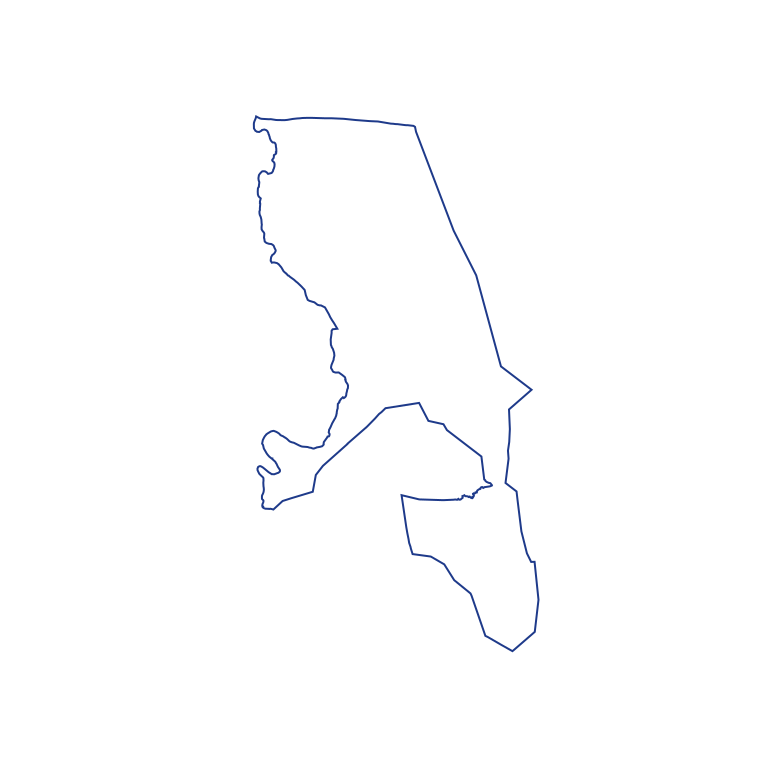 the district of Santiago Jamiltepec, Oaxaca, Mexico, rotated 146°
{"feature_id": "50627088B72731607601772", "entity_name": "Santiago Jamiltepec", "entity_type": "district", "adm_level": 2, "iso_a3": "MEX", "parent_name": "Mexico", "parent_adm1": "Oaxaca", "projection": "robinson", "projection_center": [-97.731, 16.225], "detail": "fine", "context": "isolated", "style": "outline", "palette": "blue", "viewbox_px": 768, "rotation_deg": 146, "n_neighbors": 0, "source": "geoboundaries", "source_scale": "gbopen_adm2", "svg_char_len": 6103}
<svg xmlns="http://www.w3.org/2000/svg" viewBox="0 0 768 768"><g transform="rotate(146 384 384)"><path d="M264.9,296.7L277.2,333.2L246.8,422.5L240.5,472.2L216.4,575.2L214.5,579.8L215.2,581.5L219.5,585.2L220.4,585.8L221.7,586.8L227.4,591.8L229.3,593.2L231.2,594.9L232.5,595.8L242.2,605.0L248.8,609.9L259.9,618.7L269.0,626.3L278.7,633.5L284.6,637.5L296.0,645.7L300.9,648.9L303.0,650.2L305.3,651.4L307.5,652.7L311.5,654.8L316.4,657.0L319.0,658.4L323.7,661.7L325.7,663.1L329.8,666.9L331.3,667.8L337.2,672.3L338.3,673.5L340.4,677.3L341.8,676.0L344.6,674.2L345.9,673.1L346.8,671.9L348.9,668.6L349.0,665.7L348.4,664.7L348.3,664.2L346.5,662.7L344.8,662.6L343.9,662.5L343.3,662.8L342.9,662.7L340.9,661.9L339.8,660.5L339.4,659.5L339.3,658.6L339.5,656.9L340.0,655.6L340.0,654.8L340.3,654.2L340.6,652.9L341.2,651.5L341.6,649.5L341.6,648.5L341.4,647.0L341.2,646.5L340.0,645.6L339.6,644.4L339.9,642.9L341.0,641.0L341.6,639.5L343.2,637.0L343.3,637.0L343.5,636.8L343.8,636.9L344.0,636.8L344.1,635.8L345.0,635.3L345.5,635.2L347.0,635.4L347.5,635.1L347.6,634.8L348.3,633.9L349.2,633.1L349.5,632.9L350.6,632.6L351.5,632.2L351.7,630.9L351.4,630.4L351.2,628.9L351.7,627.8L351.7,627.5L353.2,625.6L355.0,624.1L356.1,623.5L356.7,622.8L357.6,622.3L359.2,621.8L362.6,623.0L362.9,625.1L363.7,626.8L364.7,627.6L365.6,628.2L366.4,628.4L369.1,627.8L370.9,627.1L372.4,625.5L373.0,624.9L374.0,623.0L374.5,621.1L375.7,619.6L376.6,618.7L376.9,618.1L377.7,617.3L378.2,617.3L379.2,616.6L381.1,614.1L382.6,611.6L383.0,610.0L382.9,608.6L382.4,606.8L384.8,604.7L385.1,604.3L385.6,603.1L385.8,603.1L385.9,602.5L388.8,598.9L389.6,597.6L390.8,596.7L391.8,595.1L392.4,593.7L392.8,591.4L393.7,588.9L395.8,585.3L396.0,584.7L397.9,582.4L399.0,580.6L399.0,580.2L399.1,579.2L399.0,577.9L398.9,577.2L398.9,576.5L399.2,575.5L401.8,572.2L401.9,571.6L403.2,568.8L402.6,566.7L401.0,564.6L399.1,563.0L398.5,561.7L398.2,560.7L398.2,560.0L398.5,558.7L398.6,558.4L399.0,555.5L399.4,554.9L401.1,553.9L402.9,553.4L404.5,553.4L406.6,552.3L408.8,549.9L408.9,549.2L409.1,549.1L409.1,548.7L409.2,547.3L408.2,546.9L407.0,546.1L405.3,544.3L404.9,543.7L404.7,542.9L404.4,542.5L403.9,538.1L404.2,533.6L403.4,530.3L403.2,530.2L403.0,527.8L402.4,527.1L402.4,526.9L402.0,525.4L400.3,520.8L399.6,517.9L399.1,516.5L397.9,511.0L397.2,506.3L399.1,501.4L400.2,496.4L399.3,494.6L396.0,490.6L394.8,486.8L393.4,485.2L392.3,484.4L390.1,480.5L390.7,472.6L391.2,469.5L391.4,465.7L391.4,462.5L391.8,455.9L396.0,458.1L397.7,457.4L398.9,455.6L403.3,450.7L406.2,446.0L406.3,445.0L406.7,443.8L406.8,441.6L407.9,437.8L409.3,435.2L411.2,433.5L412.3,432.2L416.8,429.2L417.8,428.3L418.7,427.3L419.0,426.8L419.1,426.0L419.0,425.3L419.3,423.3L419.2,422.4L417.9,420.7L416.3,419.6L415.8,419.4L415.1,418.9L413.6,414.9L412.9,412.6L412.6,411.3L413.4,409.1L413.7,409.2L414.3,407.3L414.3,404.3L414.7,402.8L416.3,400.7L417.4,400.1L418.9,398.6L420.6,397.1L421.1,396.4L422.0,395.5L423.0,395.0L423.9,394.8L425.2,394.8L425.5,396.0L428.0,395.6L430.6,394.6L431.3,394.1L431.2,393.9L431.8,393.6L432.7,393.5L433.4,393.3L436.2,389.5L437.0,389.0L438.9,387.1L439.6,386.1L440.2,385.6L440.3,385.6L441.2,384.6L443.9,382.8L444.8,382.5L445.5,382.1L448.9,380.4L452.5,378.1L455.3,376.6L455.6,376.1L456.9,374.8L457.0,373.8L457.1,372.9L458.0,371.9L458.6,371.5L458.9,371.4L460.2,372.0L460.9,371.5L465.0,370.0L466.1,369.6L466.5,369.4L466.8,369.0L467.6,368.1L467.8,367.6L468.1,367.4L470.1,367.0L472.2,367.7L475.4,369.1L475.9,369.1L476.6,369.3L478.3,369.7L479.4,370.7L480.0,371.7L481.5,373.1L482.5,374.4L483.7,375.4L486.5,377.6L487.4,378.5L488.8,380.7L491.6,385.7L492.9,387.1L494.0,388.6L494.5,389.8L495.1,392.6L495.9,394.9L496.2,395.2L496.8,396.9L498.2,399.1L498.5,400.1L498.6,401.3L499.4,403.3L500.2,404.8L501.6,406.8L502.6,407.3L504.3,407.9L508.2,408.1L510.0,408.0L510.3,407.8L512.1,407.3L513.7,406.5L515.8,405.3L518.4,402.7L518.4,401.1L519.7,397.7L520.1,392.0L520.0,390.1L519.7,387.8L518.8,385.0L518.5,384.4L518.3,384.4L518.5,383.9L517.6,380.3L517.8,378.9L517.7,378.3L518.3,374.6L518.3,371.2L518.7,370.3L519.3,369.7L520.3,369.5L521.4,369.5L522.3,369.8L522.9,369.9L525.6,370.6L526.8,371.6L527.4,371.9L527.9,373.0L529.0,375.5L530.3,380.0L531.0,382.3L531.8,384.1L532.5,385.1L533.3,385.5L534.7,385.6L536.2,384.6L537.0,383.3L537.3,381.6L537.6,379.3L537.2,377.2L536.5,374.1L536.6,373.4L537.9,371.3L539.3,369.6L541.1,366.6L541.7,365.3L542.6,363.7L543.5,362.6L544.5,361.6L545.6,360.8L547.2,359.9L547.8,359.4L548.7,358.1L549.4,357.0L549.4,356.5L549.1,355.3L549.3,354.4L550.4,353.3L551.9,352.4L552.6,351.6L552.8,351.4L552.8,350.5L553.2,350.7L553.3,350.5L553.5,349.7L553.3,348.9L552.8,347.9L551.9,346.8L549.5,345.1L549.1,344.6L548.2,344.3L547.0,343.1L545.9,341.8L533.5,343.7L524.9,341.2L503.3,334.5L491.4,346.7L480.4,350.3L447.8,354.7L447.7,354.9L422.1,358.1L410.8,360.4L404.9,361.9L401.8,362.1L396.3,363.1L365.5,348.7L367.8,328.6L357.2,317.4L357.6,310.6L343.8,269.4L354.3,248.8L353.9,247.7L354.1,246.8L353.7,245.5L352.6,243.7L351.3,242.3L351.1,239.7L351.4,239.5L353.4,239.9L357.6,241.9L358.1,242.2L359.6,242.3L359.8,242.9L360.0,242.8L360.2,243.5L360.5,243.8L361.1,244.0L361.8,244.0L362.7,243.2L363.0,243.2L363.2,243.5L364.9,243.6L366.3,243.5L366.7,243.1L367.4,242.9L367.7,242.2L368.9,242.6L369.0,242.8L369.4,242.5L369.9,242.5L370.4,242.8L370.7,243.2L371.6,243.2L371.9,242.5L371.7,241.5L372.1,241.0L373.3,240.4L373.6,240.5L373.9,240.8L374.3,240.1L374.5,239.9L374.8,240.0L375.7,241.3L375.9,242.8L376.1,242.9L376.4,242.7L376.8,242.8L377.1,243.0L377.4,243.9L378.1,244.7L378.8,245.1L379.2,245.5L379.4,245.9L379.7,246.4L379.6,246.8L381.7,247.2L382.2,246.0L382.6,245.6L383.9,245.6L384.8,245.4L385.7,245.6L386.4,246.1L386.6,247.2L388.1,247.1L389.5,248.4L391.1,249.2L399.9,254.6L419.3,268.6L431.6,282.0L445.6,252.8L448.1,247.2L450.3,241.9L452.0,238.2L453.1,234.1L453.7,232.7L455.4,227.0L441.7,214.8L434.9,200.8L435.5,182.1L429.4,162.0L429.8,159.5L440.8,118.5L439.5,116.3L432.7,102.3L426.9,90.7L424.9,90.9L397.6,94.2L376.6,118.7L358.6,152.4L361.5,154.2L360.2,163.7L352.5,185.0L338.5,212.5L334.2,220.8L338.6,234.0L322.5,252.4L318.5,259.4L312.6,265.9L304.9,276.2L294.6,293.0L264.9,296.7Z" fill="none" stroke="#1e3a8a" stroke-width="2"/></g></svg>